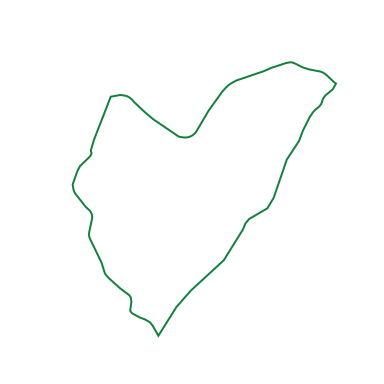 an SVG outline of Grand Kru, rotated 282°
{"feature_id": "LBR-780", "entity_name": "Grand Kru", "entity_type": "County", "adm_level": 1, "iso_a3": "LBR", "parent_name": "Liberia", "parent_adm1": "", "projection": "mercator", "projection_center": [-8.188, 4.813], "detail": "fine", "context": "isolated", "style": "outline", "palette": "green", "viewbox_px": 384, "rotation_deg": 282, "n_neighbors": 0, "source": "natural_earth", "source_scale": "10m", "svg_char_len": 1340}
<svg xmlns="http://www.w3.org/2000/svg" viewBox="0 0 384 384"><g transform="rotate(282 192 192)"><path d="M328.0,310.3L321.8,308.4L313.9,302.2L310.2,300.7L304.8,300.1L301.5,298.3L298.9,296.1L295.7,294.0L289.8,291.6L275.5,287.8L264.2,286.1L243.5,278.0L203.3,273.1L191.7,269.1L177.5,253.5L172.3,250.8L165.9,249.6L131.9,237.3L95.1,211.2L76.1,200.6L44.4,189.0L53.1,181.3L56.0,177.6L57.6,172.4L58.3,167.5L60.7,159.1L61.9,157.2L63.1,156.2L71.4,155.6L73.1,155.2L75.9,154.1L77.2,153.0L78.2,151.7L82.8,141.8L90.5,128.4L92.6,125.6L94.3,123.7L104.1,118.2L125.9,101.3L127.2,100.7L128.5,100.2L131.0,99.8L145.3,99.8L147.1,99.5L149.8,98.4L151.3,97.2L152.6,95.8L155.3,91.2L165.8,78.6L167.6,76.9L170.3,75.3L174.6,73.7L189.2,75.6L194.0,77.1L205.7,84.9L207.8,85.5L209.3,85.6L211.3,84.4L222.3,85.2L268.3,92.7L271.9,101.4L272.2,103.7L272.3,107.9L271.8,110.2L271.0,112.1L270.0,114.0L267.8,116.9L259.9,129.9L259.9,130.0L255.1,138.9L243.4,167.6L243.5,170.8L243.8,173.7L244.3,175.5L244.9,177.1L245.6,178.3L247.3,180.5L249.7,182.5L251.0,183.3L274.6,191.2L296.0,200.5L300.8,203.2L303.3,204.9L306.0,207.3L308.4,209.9L310.6,212.7L325.1,237.1L329.8,243.6L337.6,257.0L339.0,260.3L339.6,262.8L339.2,265.6L336.9,274.4L336.3,280.8L336.5,292.7L336.1,295.1L335.2,297.6L334.0,299.9L329.2,307.7L328.0,310.3L328.0,310.3Z" fill="none" stroke="#15803d" stroke-width="2"/></g></svg>